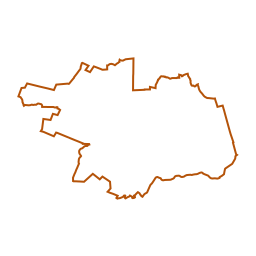 outline of Ciumeghiu, Bihor, Romania, rotated 353°
{"feature_id": "2599482B64169644321077", "entity_name": "Ciumeghiu", "entity_type": "district", "adm_level": 2, "iso_a3": "ROU", "parent_name": "Romania", "parent_adm1": "Bihor", "projection": "robinson", "projection_center": [21.631, 46.706], "detail": "fine", "context": "isolated", "style": "outline", "palette": "amber", "viewbox_px": 256, "rotation_deg": 353, "n_neighbors": 0, "source": "geoboundaries", "source_scale": "gbopen_adm2", "svg_char_len": 5586}
<svg xmlns="http://www.w3.org/2000/svg" viewBox="0 0 256 256"><g transform="rotate(353 128 128)"><path d="M212.9,188.6L213.0,187.9L213.7,187.6L215.4,186.9L217.4,185.7L217.6,185.6L218.6,182.5L219.2,180.8L219.3,180.5L219.5,180.2L220.0,179.9L227.0,176.3L227.2,176.1L227.5,175.7L230.5,171.7L230.7,171.3L230.8,171.0L231.1,169.5L231.2,169.1L231.4,168.9L232.9,168.0L232.1,167.3L230.4,155.4L230.9,155.1L229.1,146.5L228.6,143.4L226.0,125.8L225.4,121.5L225.3,121.2L224.7,117.3L219.4,117.9L218.7,113.8L218.6,113.5L218.1,111.0L217.9,109.3L216.8,109.3L216.2,109.2L212.0,108.2L210.3,107.9L209.9,107.7L208.8,106.9L207.9,106.2L207.1,105.2L206.0,103.3L205.3,102.2L204.6,101.3L204.0,100.2L203.8,99.8L203.4,98.7L203.2,97.8L203.0,96.5L203.0,96.2L202.9,95.3L202.6,94.5L202.4,94.0L202.6,93.2L201.7,93.4L201.2,93.7L200.6,94.2L200.3,94.6L199.9,94.8L199.6,94.9L199.4,94.9L199.0,94.8L198.8,94.6L198.4,94.1L198.2,93.9L197.7,93.8L197.1,93.9L196.9,93.8L196.7,93.8L196.5,93.7L196.4,93.6L196.1,92.9L195.6,90.7L195.9,88.6L195.8,88.2L195.5,87.7L195.6,87.3L195.7,87.0L195.6,86.8L195.4,86.3L195.1,86.0L194.8,85.3L194.6,84.7L194.4,84.4L194.1,84.0L193.9,81.4L193.0,81.5L192.2,81.6L189.5,82.3L189.1,82.5L188.6,83.1L188.3,83.2L188.0,83.2L187.7,83.2L187.5,82.3L187.3,82.1L185.3,81.3L185.0,84.4L184.4,84.3L184.0,84.3L183.9,84.1L183.8,83.9L183.6,83.8L183.3,84.0L183.0,84.0L182.5,84.4L179.7,84.0L178.5,83.9L177.8,83.8L176.3,84.2L175.8,84.2L175.7,84.2L175.2,83.8L174.7,83.4L173.6,82.7L172.8,82.4L172.1,82.5L171.6,81.9L171.4,81.7L170.8,81.8L170.3,81.7L170.2,81.6L170.0,81.2L169.9,81.2L169.6,81.1L168.9,81.1L167.5,80.7L167.2,80.7L167.0,80.8L166.6,81.2L165.8,81.8L165.6,82.0L165.5,82.5L165.2,82.8L164.8,83.0L163.9,83.5L163.7,83.7L163.7,84.4L163.6,84.5L163.2,84.8L163.0,85.0L162.9,85.4L162.4,86.3L161.9,87.0L160.8,88.5L160.6,89.5L160.2,91.8L154.8,89.9L154.5,92.4L149.2,91.8L149.1,92.1L137.6,91.2L139.4,77.4L139.7,75.6L139.8,75.3L141.9,59.6L134.0,59.5L131.2,60.5L130.0,60.3L128.9,59.9L128.5,59.7L128.0,59.2L127.9,59.4L127.5,60.9L127.5,61.4L127.0,61.5L126.1,62.2L125.0,62.6L122.7,64.1L121.6,63.3L121.1,63.0L120.3,62.6L120.0,62.6L119.4,62.3L118.6,62.3L117.5,62.4L116.6,62.9L116.4,63.1L115.6,63.5L114.9,63.4L114.5,67.3L114.0,67.3L113.7,67.3L109.9,67.1L109.2,66.8L108.6,66.4L105.1,64.5L101.6,62.7L100.7,63.7L97.1,67.9L92.9,65.3L96.4,61.4L90.7,57.8L90.1,58.0L89.2,60.1L88.8,60.8L88.6,61.3L88.1,63.3L87.9,63.6L87.2,64.4L86.8,64.7L83.7,68.0L80.7,71.0L80.6,71.5L79.3,72.7L74.9,76.9L74.6,77.0L74.1,76.8L73.5,76.6L62.1,76.2L59.1,81.3L53.5,79.1L45.6,76.2L33.3,71.5L31.6,73.9L30.6,75.4L27.2,75.3L23.6,82.3L23.1,83.3L24.9,84.2L25.1,84.3L25.9,85.9L26.4,86.8L26.5,87.7L26.5,88.8L26.4,89.3L26.5,89.7L26.7,90.0L26.7,90.8L27.2,91.7L27.1,92.6L27.4,93.3L28.6,92.6L32.3,93.4L33.0,93.4L33.9,93.4L35.3,93.1L35.7,93.2L36.4,93.5L36.9,93.6L38.1,93.5L38.5,93.5L39.3,93.7L39.8,93.7L40.1,93.5L41.0,93.0L41.4,92.8L41.9,92.8L42.4,92.9L44.9,93.9L45.1,94.2L45.4,94.8L45.5,95.2L45.3,96.6L45.9,96.7L53.6,97.7L56.6,98.1L57.1,98.4L57.6,98.6L58.1,98.8L58.6,98.8L60.0,98.6L60.3,98.7L60.5,98.8L60.5,99.0L60.3,99.9L60.3,100.0L61.6,100.6L62.1,101.1L62.8,101.8L59.7,106.6L55.2,104.8L52.1,110.6L45.1,108.7L42.6,118.6L41.1,120.5L43.6,121.5L53.4,127.2L56.1,123.8L56.4,124.0L57.0,124.1L73.5,133.4L76.8,135.2L81.8,138.0L81.6,138.3L87.5,139.2L87.6,139.7L86.9,139.8L86.3,140.0L85.5,140.8L85.0,140.8L83.5,140.7L82.9,140.8L82.5,140.9L81.2,141.9L81.0,142.0L80.3,142.4L79.8,142.7L78.8,142.8L78.4,143.0L78.0,143.3L77.7,143.6L77.2,144.1L76.9,144.5L76.7,145.0L76.6,146.0L76.6,146.8L76.8,147.7L77.0,148.1L77.6,149.2L77.9,149.8L78.0,150.1L77.5,150.7L76.5,151.4L76.1,151.9L75.6,152.6L75.4,153.1L75.0,154.8L74.8,155.6L74.8,156.2L74.8,157.0L75.0,157.4L73.5,159.9L72.8,161.2L71.6,163.1L70.2,165.8L69.5,166.8L68.7,168.2L67.4,170.6L67.3,170.8L67.3,171.6L67.1,173.2L67.0,174.0L67.6,174.3L68.6,174.4L70.1,174.6L71.7,174.9L74.1,175.3L77.8,176.0L87.5,169.2L87.8,169.5L89.8,171.5L93.7,175.5L96.7,173.1L103.6,179.1L103.3,185.9L100.0,188.8L102.2,190.1L105.1,191.5L109.5,194.0L108.7,195.0L108.4,195.4L108.1,195.7L108.0,195.9L108.0,196.2L108.2,196.3L109.0,196.8L109.5,196.6L111.3,196.6L111.9,196.5L114.5,195.8L115.3,195.2L115.5,194.8L115.8,194.6L116.8,194.6L117.0,194.8L116.6,195.5L116.6,196.1L116.4,196.6L116.4,196.9L116.6,197.1L116.8,197.5L117.0,197.6L119.1,196.6L120.4,196.3L120.7,196.2L121.0,196.0L121.2,195.9L121.7,195.3L122.8,196.1L123.6,196.8L123.7,197.9L124.2,198.2L125.5,198.1L126.2,197.8L126.5,197.6L126.5,197.3L126.4,196.8L125.5,196.2L125.6,195.9L125.9,195.7L126.7,195.5L127.3,195.1L127.9,194.5L129.3,193.4L130.0,192.9L131.5,194.2L132.1,195.8L132.7,196.4L133.0,197.0L133.0,197.3L134.0,198.0L135.9,195.9L136.6,195.4L138.8,194.5L139.2,194.1L143.2,187.4L143.7,186.9L145.0,185.9L146.4,184.3L149.3,180.8L149.7,180.5L150.4,180.3L151.0,180.2L151.4,180.3L153.0,181.3L153.8,181.6L154.4,182.0L154.5,182.3L154.6,182.7L154.8,183.1L155.1,183.5L155.9,184.0L156.5,184.2L157.9,184.1L158.7,184.1L163.2,184.5L164.1,184.5L164.5,184.4L165.4,184.1L166.3,183.9L167.0,183.6L167.5,183.3L168.0,182.7L168.3,182.3L168.8,181.8L169.3,181.6L170.1,181.4L172.2,181.5L172.7,181.5L173.1,181.7L173.5,181.9L174.3,182.7L174.9,183.0L175.5,183.2L176.1,183.2L176.6,183.2L177.8,183.0L179.1,182.3L179.9,182.1L180.4,181.9L181.7,181.9L184.2,182.0L185.1,182.3L185.7,182.4L186.9,182.2L188.8,182.1L190.4,182.2L191.2,182.1L191.7,182.0L193.6,181.3L194.4,181.2L195.0,181.1L195.6,181.1L196.0,181.3L196.5,181.6L196.9,182.3L197.8,182.9L199.2,183.7L200.0,184.1L201.8,185.1L202.5,186.1L202.9,186.7L203.4,187.3L204.3,188.0L205.5,188.4L208.0,188.5L210.5,189.1L211.5,189.0L212.8,188.7L212.9,188.6Z" fill="none" stroke="#b45309" stroke-width="2"/></g></svg>